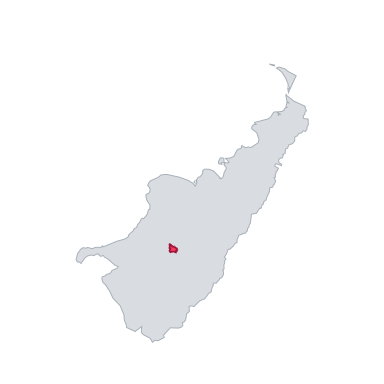 Río Segundo, Córdoba, Argentina (highlighted), rotated 207°
{"feature_id": "61730980B13530253245747", "entity_name": "Río Segundo", "entity_type": "district", "adm_level": 2, "iso_a3": "ARG", "parent_name": "Argentina", "parent_adm1": "Córdoba", "projection": "albers", "projection_center": [-63.428, -31.688], "detail": "fine", "context": "in_parent", "style": "filled", "palette": "rose", "viewbox_px": 384, "rotation_deg": 207, "n_neighbors": 0, "source": "geoboundaries", "source_scale": "gbopen_adm2", "svg_char_len": 5490}
<svg xmlns="http://www.w3.org/2000/svg" viewBox="0 0 384 384"><g transform="rotate(207 192 192)"><path d="M230.8,119.3L228.5,122.9L228.9,125.5L226.6,131.3L227.1,132.5L225.3,135.3L225.7,138.4L224.8,141.3L225.0,145.0L224.3,146.1L223.0,146.3L221.8,151.5L222.7,156.5L221.7,157.4L223.4,161.1L228.9,164.5L231.6,167.9L231.6,169.3L230.0,171.2L229.7,172.9L230.5,175.2L231.8,176.7L234.5,177.7L234.6,181.0L234.1,183.0L228.6,190.1L227.3,193.2L222.5,196.2L210.2,199.4L200.7,200.6L195.3,200.2L191.7,198.7L191.9,202.8L193.7,204.0L192.8,204.1L193.5,204.9L193.1,208.2L191.9,208.9L191.1,211.7L191.1,214.1L192.2,216.1L191.1,218.1L187.0,220.1L182.2,220.5L173.4,217.4L173.7,216.9L173.2,216.7L171.8,217.3L171.2,220.1L172.3,224.4L172.0,228.1L172.6,229.3L175.8,230.7L175.6,232.2L176.6,232.3L178.9,231.9L179.1,230.8L178.0,230.3L181.0,229.3L182.2,230.9L182.3,234.7L181.8,235.7L179.4,236.4L178.7,236.2L177.3,233.6L176.2,233.0L172.8,234.5L172.4,235.4L177.4,237.2L173.7,239.3L170.9,242.8L170.9,249.3L170.3,251.1L168.4,252.8L168.0,254.1L168.7,254.8L168.5,256.0L164.7,255.7L162.1,257.7L159.6,258.5L155.4,265.8L156.2,269.3L161.2,274.2L167.4,275.4L168.3,277.1L168.1,279.1L167.3,280.3L165.1,281.5L167.0,281.4L167.9,282.4L157.3,291.7L156.0,294.4L155.5,299.8L154.7,300.9L152.6,302.1L151.0,301.1L149.8,299.1L149.9,300.7L147.9,301.4L150.3,301.4L151.5,302.6L148.3,304.7L147.4,306.5L147.2,309.0L145.9,310.5L146.9,310.2L148.1,314.9L145.5,315.4L148.7,316.0L152.6,321.3L152.3,321.7L152.1,321.1L142.6,319.2L130.0,319.7L130.1,319.0L127.0,316.3L127.5,314.1L126.8,312.4L127.3,310.7L126.8,308.8L125.6,308.2L121.7,309.7L118.9,304.6L118.9,301.7L118.0,299.9L118.5,297.4L120.6,297.1L121.1,294.6L123.6,292.4L123.5,289.9L125.0,288.4L125.3,287.2L123.6,284.2L124.4,280.7L127.2,277.8L126.7,274.5L128.1,272.8L126.6,268.5L128.1,266.5L127.2,265.5L127.1,263.2L128.7,262.4L129.5,259.8L127.7,257.7L124.6,257.2L124.4,256.0L129.9,255.5L130.4,253.6L130.0,252.6L125.8,252.4L125.6,249.8L126.4,248.2L125.5,246.6L125.7,245.1L124.4,243.0L125.4,241.9L122.5,239.8L122.2,236.1L122.8,235.1L122.2,233.1L124.6,231.0L123.2,227.4L122.9,220.4L122.3,218.6L123.7,215.6L122.8,213.8L123.8,212.2L123.1,208.7L124.4,208.3L125.0,202.0L128.2,200.0L128.8,198.7L125.9,191.0L126.0,188.1L125.4,186.7L125.9,185.0L125.1,182.5L125.9,179.4L128.2,178.0L128.3,177.0L130.6,174.8L130.2,169.8L128.9,167.3L130.1,166.2L130.7,162.3L132.3,158.2L133.8,157.4L133.2,152.8L133.5,148.5L131.4,147.9L131.7,144.9L130.9,144.2L130.3,141.1L128.7,138.4L128.6,137.2L129.3,136.3L127.7,135.3L126.5,132.9L126.5,130.5L126.7,128.9L128.3,127.6L127.9,126.5L129.1,121.6L130.8,121.2L131.6,119.4L130.6,118.6L130.7,115.7L129.6,111.5L131.1,109.4L132.2,102.8L135.9,98.1L138.3,90.7L140.4,90.5L142.6,88.8L140.1,84.2L141.5,81.2L139.6,75.0L140.0,72.7L141.3,71.3L139.6,69.0L140.0,67.0L142.1,64.7L149.7,61.1L152.4,51.4L150.7,49.8L154.8,44.0L157.8,43.0L159.0,40.1L163.0,42.7L169.9,42.7L173.3,43.8L175.8,49.3L179.3,41.9L188.8,41.6L190.7,44.3L194.3,47.3L196.7,51.5L204.4,58.1L214.2,61.5L220.1,66.1L227.0,70.1L230.4,71.1L233.0,73.8L233.5,75.8L231.8,77.2L230.5,80.0L228.6,81.6L227.7,83.4L227.7,85.7L223.9,90.3L223.9,92.0L227.6,91.8L236.3,94.1L240.6,94.3L241.9,95.2L244.3,93.2L248.0,94.3L250.7,90.7L253.2,90.1L256.0,87.7L257.5,84.6L258.5,77.9L260.0,78.4L262.5,77.7L264.6,79.2L266.0,85.2L265.1,90.7L263.9,92.8L261.1,93.8L259.6,95.3L255.3,96.1L252.8,98.9L247.4,101.7L247.6,103.3L245.9,103.1L236.6,114.0L230.8,119.3ZM152.0,342.9L151.2,324.3L153.8,327.9L152.6,327.7L152.4,329.5L154.4,329.8L155.4,331.9L160.0,335.8L166.6,339.7L173.0,340.8L171.3,342.8L165.0,343.9L161.2,343.0L152.0,342.9ZM175.6,342.0L177.5,341.3L181.3,341.1L176.3,342.6L175.6,342.0ZM194.8,201.8L194.7,202.7L193.4,201.4L194.8,201.8Z" fill="#d9dde1" stroke="#a8b0b8" stroke-width="1"/><path d="M184.9,128.8L184.7,128.7L184.3,128.6L184.1,128.6L184.2,128.8L184.2,129.1L183.9,129.1L183.7,129.2L183.4,129.2L183.4,129.3L183.2,129.3L182.8,129.4L182.8,129.5L182.7,129.5L182.6,129.9L182.5,130.0L182.4,130.1L182.1,130.3L182.0,130.2L181.9,130.2L181.7,130.3L181.6,130.5L181.4,130.5L181.2,130.5L180.9,130.6L180.7,130.6L180.4,130.6L180.2,130.6L179.9,130.7L179.6,130.7L179.4,130.7L179.5,130.8L179.5,131.0L179.4,131.1L179.2,131.2L178.9,131.5L179.1,131.7L179.2,131.8L178.9,131.8L178.9,132.0L178.7,132.0L178.7,132.4L178.7,132.5L178.7,132.9L178.7,133.0L178.8,132.9L178.9,132.7L179.0,132.7L179.3,132.7L179.5,132.7L179.5,133.3L179.5,133.5L179.5,133.8L179.7,134.0L179.7,134.3L179.7,134.5L179.7,134.9L179.9,134.9L180.1,134.9L180.4,134.9L181.4,134.9L181.5,134.9L181.5,135.4L181.6,135.0L181.8,135.2L182.2,134.9L182.3,134.8L182.5,134.7L182.6,134.8L183.0,134.8L183.6,134.9L183.9,134.7L183.9,134.8L184.0,134.7L184.3,134.7L184.5,134.4L184.8,134.4L185.0,134.4L185.1,134.5L185.2,134.8L185.3,134.8L185.3,135.0L185.5,135.1L185.7,134.9L185.8,134.8L185.8,134.7L186.0,134.6L186.3,134.6L186.3,134.8L186.3,135.1L186.8,135.2L187.0,135.2L187.0,135.4L187.4,135.4L187.4,135.5L187.6,135.5L187.8,135.5L188.2,135.6L188.3,135.4L188.3,135.1L188.1,135.1L188.0,134.9L188.0,134.7L187.8,134.7L187.7,134.6L187.7,134.4L187.4,134.3L187.4,133.8L187.3,133.6L187.2,133.5L187.2,133.3L187.2,133.1L187.0,132.9L187.0,132.7L186.9,132.7L186.9,132.4L186.8,132.1L186.6,132.1L186.6,131.9L186.3,131.9L186.2,131.9L186.2,131.5L185.8,131.5L185.9,131.4L185.8,131.2L185.7,131.1L185.7,130.9L185.6,130.7L185.6,130.8L185.4,130.8L185.5,130.4L185.6,130.0L185.6,129.9L185.4,129.9L185.4,130.0L185.4,129.9L185.4,130.0L185.2,130.0L185.0,129.5L185.0,129.4L185.0,129.2L185.0,128.9L184.9,128.8Z" fill="#f43f5e" stroke="#9f1239" stroke-width="1.5"/></g></svg>